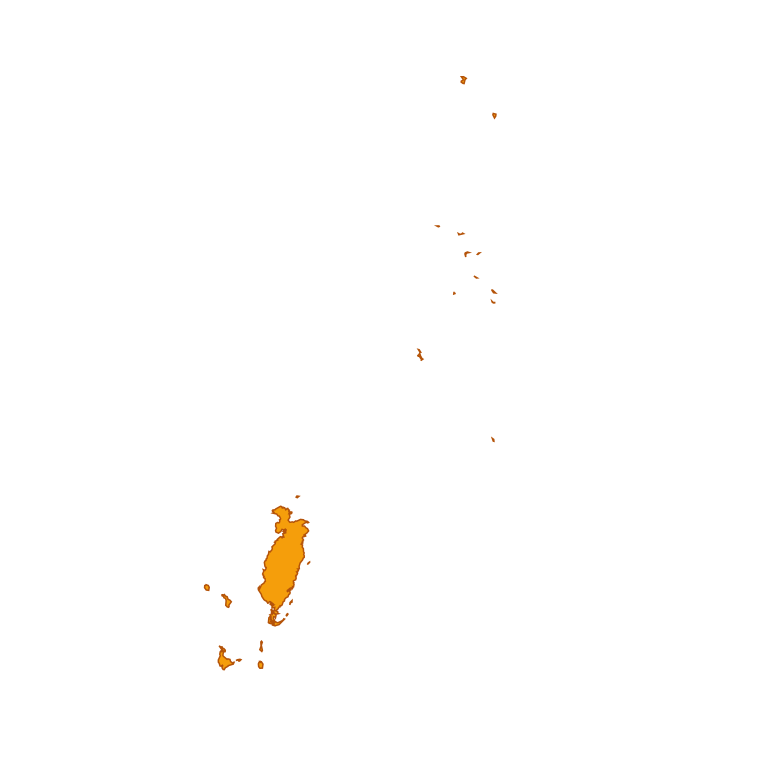 Manus District, Manus, Papua New Guinea, rotated 105°
{"feature_id": "67681753B50944045415739", "entity_name": "Manus District", "entity_type": "district", "adm_level": 2, "iso_a3": "PNG", "parent_name": "Papua New Guinea", "parent_adm1": "Manus", "projection": "robinson", "projection_center": [146.566, -1.667], "detail": "fine", "context": "isolated", "style": "filled", "palette": "amber", "viewbox_px": 768, "rotation_deg": 105, "n_neighbors": 0, "source": "geoboundaries", "source_scale": "gbopen_adm2", "svg_char_len": 6167}
<svg xmlns="http://www.w3.org/2000/svg" viewBox="0 0 768 768"><g transform="rotate(105 384 384)"><path d="M573.0,416.9L572.2,416.2L570.7,416.5L569.5,417.4L567.8,417.4L566.9,418.3L563.8,419.3L562.8,420.7L560.6,421.0L560.1,422.6L558.7,421.4L558.1,422.2L557.4,421.5L556.8,422.1L555.5,421.4L553.9,423.1L552.7,422.8L551.3,420.5L551.0,420.9L551.6,421.7L550.7,422.2L550.3,421.0L549.8,421.5L548.0,420.0L545.4,418.8L543.5,420.5L543.1,422.2L541.8,424.0L542.3,426.1L541.1,426.5L537.7,423.4L537.9,421.7L537.2,421.0L536.5,422.4L536.7,425.2L536.0,426.7L536.4,429.6L539.1,432.8L539.1,433.8L541.0,435.5L540.9,436.8L542.0,439.2L540.3,441.4L536.9,440.4L534.3,441.8L533.4,440.2L532.3,439.6L531.6,439.9L531.6,440.8L532.8,442.0L531.9,441.8L531.9,442.8L531.2,443.1L530.4,442.8L530.0,444.0L529.1,444.6L529.2,445.3L530.9,446.3L529.2,448.0L530.0,449.9L529.2,449.9L529.5,450.7L528.9,451.3L528.9,452.3L532.9,456.4L533.7,456.7L534.5,458.8L535.2,459.1L535.8,458.7L535.7,458.0L536.5,457.1L537.5,458.2L537.4,453.9L538.8,452.3L538.7,450.9L540.7,449.1L541.7,449.0L542.2,449.8L543.4,449.2L544.9,449.2L545.4,449.7L545.3,451.0L546.7,452.4L549.5,451.9L551.0,450.5L553.7,450.8L555.0,450.0L555.4,447.3L553.2,445.5L550.8,444.9L550.9,442.8L549.7,441.8L550.2,440.8L551.3,440.8L551.5,442.3L552.5,443.3L553.1,442.4L552.6,440.7L553.1,440.4L554.9,443.0L557.8,441.1L558.1,441.9L557.8,442.4L558.9,442.7L558.2,443.6L558.3,444.6L561.8,446.9L562.3,446.3L564.0,448.4L564.6,448.0L565.2,448.7L565.6,447.9L566.5,447.8L570.4,450.1L571.4,449.4L573.0,449.3L575.6,450.5L575.5,451.8L578.6,451.5L580.0,452.2L582.8,451.9L583.6,452.6L585.0,452.3L585.6,453.1L587.3,453.4L590.9,451.8L591.8,450.9L591.7,450.3L593.1,450.2L594.9,450.8L594.6,452.5L595.7,451.7L599.0,452.1L599.8,450.9L600.4,451.1L601.0,450.0L601.8,450.3L602.5,449.6L602.6,448.6L605.4,447.5L606.1,448.2L607.2,448.3L609.9,450.5L612.9,450.8L614.1,451.5L614.7,451.2L615.1,452.0L615.5,451.9L618.8,448.2L620.9,446.9L623.4,444.1L624.1,442.3L624.0,441.5L625.8,439.5L625.2,438.7L623.9,438.4L623.7,437.4L625.1,434.1L625.9,434.2L625.9,433.2L626.8,433.9L625.6,434.8L625.8,435.6L624.5,436.2L624.8,436.8L626.3,436.9L626.6,435.7L627.8,434.3L628.6,434.5L629.1,433.9L628.1,431.7L633.3,431.5L634.4,428.9L633.1,426.5L633.0,427.3L631.6,427.6L631.0,430.2L629.4,428.5L626.6,427.6L626.1,426.7L625.0,427.0L624.7,425.8L623.7,425.2L620.7,425.1L619.3,424.0L617.8,424.3L615.8,423.3L614.4,421.7L611.9,421.5L611.3,420.8L610.1,420.6L609.0,421.1L608.2,422.2L609.5,423.4L609.1,423.9L608.3,423.9L606.9,422.6L607.7,421.5L607.1,420.8L605.9,422.2L604.9,420.9L605.8,419.8L604.4,419.3L603.3,419.9L603.2,418.9L600.6,419.1L600.1,419.8L599.2,419.6L598.8,420.3L597.5,420.5L596.0,418.7L594.2,418.6L592.5,419.6L592.1,419.1L591.5,419.4L590.9,418.7L589.2,418.5L588.1,419.7L587.8,418.9L587.0,419.1L586.6,418.4L585.4,418.5L585.0,419.4L584.3,418.0L582.1,418.8L578.6,418.7L574.9,417.1L573.0,416.9ZM693.6,457.1L691.6,456.8L691.9,457.5L692.7,457.7L692.8,458.3L691.6,460.5L689.9,461.5L689.9,463.7L690.6,464.3L688.6,468.6L687.8,469.4L685.2,469.7L684.3,469.2L683.4,469.8L683.5,468.2L682.2,468.4L681.0,470.2L681.1,471.2L679.8,472.4L680.2,473.6L679.6,475.5L682.7,471.7L681.9,472.0L682.4,471.3L683.9,471.0L684.6,471.5L684.6,472.0L683.2,472.0L685.0,472.9L687.5,472.7L688.9,471.8L693.4,472.6L695.6,472.0L696.4,470.9L698.8,469.4L698.7,468.4L697.5,467.3L697.9,466.9L698.4,467.4L700.1,466.9L701.4,465.5L701.3,464.4L699.1,463.8L697.0,461.6L696.4,461.6L693.6,457.1ZM645.8,426.9L643.6,423.1L636.8,419.2L636.7,420.0L637.7,420.2L639.3,421.4L641.9,424.5L642.2,425.4L641.4,428.4L641.9,429.0L643.0,427.3L642.4,431.7L642.7,432.0L641.6,431.8L640.6,432.9L639.4,432.7L638.5,433.4L638.3,432.8L639.9,432.5L642.1,430.3L640.5,428.8L638.9,430.2L637.4,430.4L637.2,429.1L638.0,428.3L635.4,428.4L634.8,428.8L633.6,431.8L634.5,432.1L633.0,432.5L632.5,431.7L632.0,431.9L631.7,433.3L630.6,434.2L631.4,434.7L632.8,433.7L634.8,433.3L636.4,433.6L636.6,434.3L637.2,433.5L639.6,434.7L644.4,433.9L644.8,432.8L644.8,430.4L644.0,430.7L643.6,429.0L645.3,427.5L645.0,429.1L645.7,429.2L645.8,426.9ZM633.9,475.1L632.7,476.8L632.3,478.9L630.0,480.5L629.9,482.1L628.7,483.7L629.6,484.3L629.2,485.1L629.5,485.9L630.4,485.7L630.8,483.9L631.9,483.3L632.1,481.8L632.7,481.2L634.1,480.4L638.7,479.6L639.9,477.7L639.9,476.3L638.7,476.1L637.7,476.6L633.9,475.1ZM689.9,427.9L685.9,428.4L684.0,430.6L684.1,431.4L684.5,430.7L684.9,431.4L684.1,432.0L685.1,432.7L686.9,432.9L689.5,431.9L690.7,430.3L689.9,427.9ZM627.2,504.6L629.0,502.4L628.7,499.9L625.6,500.2L624.1,501.6L623.9,504.0L624.8,504.2L625.1,505.0L627.2,504.6ZM69.1,384.5L67.5,383.6L66.6,386.7L67.2,388.8L69.2,386.4L70.1,386.3L71.4,387.7L72.4,387.6L73.2,385.5L73.1,384.4L69.1,384.5ZM672.8,435.2L674.0,432.8L672.8,432.5L668.1,434.9L664.9,434.7L664.1,435.8L665.0,436.2L669.1,434.9L672.8,435.2ZM351.8,354.5L349.9,352.9L349.6,353.9L347.3,356.1L345.0,357.5L346.5,357.8L347.7,358.7L348.3,358.2L348.2,356.8L349.6,355.4L349.7,354.0L351.8,354.5ZM94.4,348.5L95.8,348.5L98.5,346.1L96.4,345.4L94.4,345.7L94.4,348.5ZM237.9,338.6L236.1,338.0L235.0,335.8L234.9,337.6L236.3,339.4L237.4,339.5L240.2,337.9L237.9,338.6ZM265.6,304.0L267.5,301.8L267.2,299.7L265.2,303.4L265.2,304.0L265.6,304.0ZM689.4,455.4L688.6,454.1L688.5,453.3L689.2,452.6L689.0,451.8L687.3,450.8L687.2,451.9L688.3,454.3L689.4,455.4ZM516.0,439.6L516.3,438.4L514.5,437.1L514.7,439.1L516.0,439.6ZM408.5,265.3L410.9,263.7L410.9,263.0L409.1,263.7L408.5,265.3ZM618.5,416.4L616.9,416.8L619.4,418.2L621.8,417.8L619.5,417.7L618.5,416.4ZM219.4,351.1L220.5,350.3L218.2,346.1L217.9,347.2L219.1,347.9L219.8,349.4L219.4,351.1ZM341.8,359.8L344.0,357.4L343.8,356.8L341.8,358.9L341.8,359.8ZM279.0,339.9L277.9,338.3L278.3,339.8L276.8,340.2L279.0,339.9ZM631.2,417.2L630.8,417.6L631.5,418.3L632.6,418.5L632.7,418.1L633.5,418.7L632.9,417.8L631.2,417.2ZM614.5,451.7L612.4,452.1L613.6,452.7L614.7,452.3L614.5,451.7ZM276.8,300.8L277.4,299.4L277.0,298.1L276.6,298.2L277.0,299.7L276.1,301.2L276.8,300.8ZM256.4,325.1L257.7,322.2L257.4,321.4L256.4,325.1ZM578.2,411.3L575.5,409.7L575.2,409.8L576.3,410.8L578.2,411.3ZM217.7,373.9L218.1,372.2L217.5,371.4L217.1,371.8L217.7,373.9ZM234.6,327.4L234.6,326.9L232.6,325.5L233.0,326.6L234.6,327.4Z" fill="#f59e0b" stroke="#b45309" stroke-width="1.5"/></g></svg>